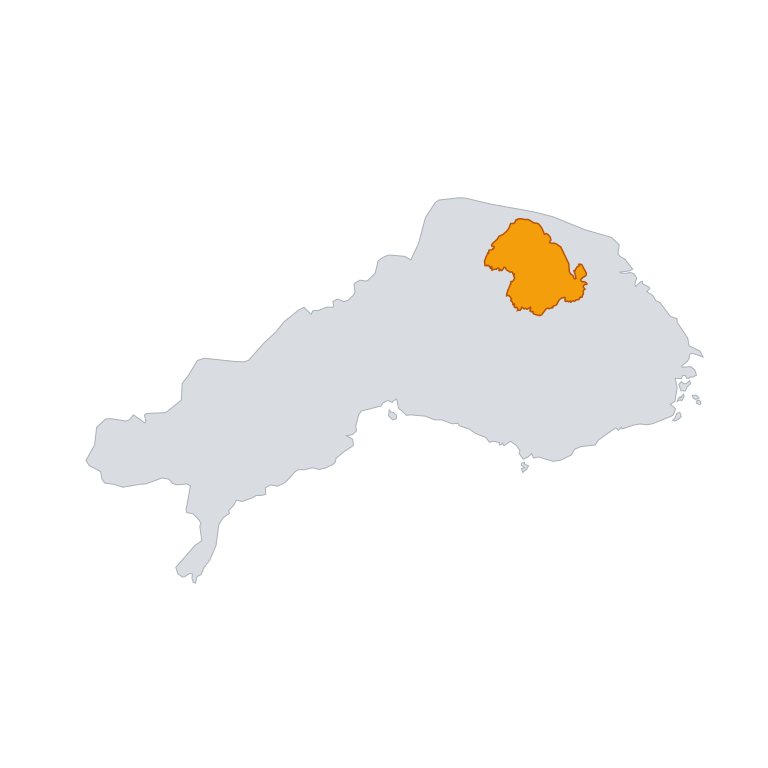 where Southern Savonia sits in Finland, rotated 247°
{"feature_id": "FIN-3189", "entity_name": "Southern Savonia", "entity_type": "Province", "adm_level": 1, "iso_a3": "FIN", "parent_name": "Finland", "parent_adm1": "", "projection": "orthographic", "projection_center": [27.591, 61.902], "detail": "fine", "context": "in_parent", "style": "filled", "palette": "amber", "viewbox_px": 768, "rotation_deg": 247, "n_neighbors": 0, "source": "natural_earth", "source_scale": "10m", "svg_char_len": 8273}
<svg xmlns="http://www.w3.org/2000/svg" viewBox="0 0 768 768"><g transform="rotate(247 384 384)"><path d="M339.3,331.8L337.3,320.7L334.4,311.0L330.8,308.2L329.8,304.4L329.6,296.7L330.7,290.8L334.9,285.3L336.1,277.5L338.7,271.5L337.8,267.4L332.3,255.6L331.7,251.9L331.7,245.7L335.5,240.2L334.9,234.5L328.7,231.9L329.1,228.5L331.3,222.8L330.7,217.9L331.4,207.2L334.8,202.7L331.3,198.7L328.3,191.7L325.3,191.1L323.9,183.8L319.0,176.9L301.0,166.3L290.3,155.1L285.1,146.3L279.9,141.1L279.8,136.7L274.4,132.7L275.8,130.9L280.3,131.3L283.9,133.4L285.5,131.2L284.5,124.8L285.0,123.2L289.6,120.1L296.5,120.7L309.3,146.9L311.0,155.1L325.2,158.9L326.7,160.9L330.6,160.8L339.2,157.5L342.7,152.2L345.8,152.8L365.8,166.0L369.1,163.4L371.3,156.0L373.1,152.7L375.5,150.3L380.3,149.0L384.2,143.0L385.1,125.5L387.0,120.6L390.9,103.6L397.3,96.1L401.9,88.2L406.4,87.2L414.3,88.9L423.9,80.8L430.0,79.7L440.9,93.8L456.3,102.5L460.6,114.2L458.8,119.0L450.7,132.1L450.5,135.6L453.5,141.3L441.7,148.5L442.6,150.4L448.9,151.3L449.7,153.8L443.4,170.4L443.3,173.3L448.3,191.1L463.3,198.4L467.6,206.2L478.6,221.5L477.9,228.7L462.6,256.2L459.1,263.8L458.7,268.6L468.8,289.9L474.2,305.0L480.2,315.9L485.4,334.0L485.9,340.3L476.6,344.1L479.3,347.3L477.2,353.1L477.2,361.3L474.7,366.7L475.3,368.2L479.9,369.2L480.4,372.7L480.1,375.0L475.4,379.2L475.1,383.5L477.8,390.8L480.0,393.2L487.5,395.3L488.5,397.2L489.0,402.5L485.7,407.8L485.8,409.8L489.4,419.2L499.6,426.6L500.9,432.2L501.0,436.1L500.6,439.5L493.4,452.9L487.8,457.2L499.7,470.6L521.1,487.3L530.9,502.0L531.9,506.2L526.2,525.6L523.7,531.0L507.5,553.1L484.0,589.0L471.9,604.9L447.8,628.8L430.0,650.7L420.1,654.9L412.5,650.2L408.7,651.3L405.0,654.5L392.6,657.8L392.2,654.3L394.9,644.9L393.8,645.1L391.5,649.5L390.3,654.5L387.9,657.1L382.8,658.0L377.8,653.8L375.5,653.8L377.8,660.0L377.7,661.8L375.0,661.4L369.3,666.0L368.0,666.0L366.4,662.0L360.2,666.1L354.6,666.7L351.2,669.9L334.4,674.0L329.5,679.3L326.4,677.9L307.6,681.5L299.9,679.8L290.9,687.7L284.2,688.3L291.6,680.1L292.1,677.1L288.7,675.3L286.3,672.1L284.3,665.3L283.0,664.8L280.2,673.0L275.6,675.6L270.1,675.1L269.7,671.3L270.9,668.0L270.1,667.4L271.1,664.8L273.9,664.7L274.8,663.4L274.9,661.8L272.7,660.1L275.4,654.3L265.8,652.3L254.4,645.0L253.4,639.6L247.4,642.8L242.6,638.4L242.1,635.9L242.5,616.0L243.5,610.6L247.1,604.2L248.7,597.7L249.6,585.5L251.3,585.7L249.8,581.4L252.5,580.7L253.0,579.3L248.6,559.4L245.4,554.6L249.5,540.8L249.5,537.6L249.4,533.6L245.4,528.9L244.9,516.3L246.8,509.4L256.5,497.7L257.5,492.7L262.3,492.8L260.5,488.1L260.4,482.7L267.4,481.3L269.8,483.2L276.1,481.7L281.8,478.1L280.4,470.3L283.1,470.3L282.4,468.4L282.7,466.5L284.8,467.5L288.6,462.4L289.1,458.4L295.2,456.7L302.7,448.9L309.2,444.9L316.2,437.0L318.9,436.8L320.7,431.3L328.3,423.3L331.2,416.7L338.3,409.3L345.4,396.2L346.3,392.5L356.3,388.0L365.1,389.7L365.0,386.4L363.8,384.3L367.6,380.9L366.9,375.5L364.9,372.7L368.0,352.7L365.5,348.6L355.8,341.3L351.7,340.5L349.7,335.3L351.1,329.2L345.4,333.6L339.3,331.8ZM261.7,654.7L268.4,655.2L270.0,658.5L266.8,660.3L266.4,662.7L267.7,666.6L264.6,666.4L262.9,662.0L259.9,658.7L261.7,654.7ZM354.2,381.5L350.3,383.3L347.3,381.9L347.5,378.1L352.9,375.7L358.1,378.8L355.4,379.4L354.2,381.5ZM252.5,477.5L251.9,480.7L255.9,478.8L257.3,479.9L256.8,482.7L255.6,482.0L252.2,485.0L249.7,481.9L248.4,477.1L252.5,477.5ZM242.7,642.5L242.0,645.2L237.9,645.0L236.6,642.1L236.1,637.4L237.9,635.5L238.6,638.1L242.7,642.5ZM257.7,655.5L255.5,655.6L252.7,652.3L252.4,651.1L253.7,650.6L253.4,647.1L255.6,649.2L256.7,651.5L255.4,651.9L257.7,655.5ZM251.9,666.8L248.7,668.6L247.6,668.0L248.2,664.6L250.1,663.1L253.1,663.2L251.9,666.8ZM245.6,668.2L242.9,668.6L241.5,666.7L244.1,664.2L246.1,664.6L246.4,666.3L245.6,668.2Z" fill="#d9dde1" stroke="#a8b0b8" stroke-width="1"/><path d="M449.7,529.1L450.0,528.9L450.1,528.1L448.5,527.6L448.9,527.2L451.7,526.9L452.3,526.6L452.7,526.0L452.1,526.0L452.2,525.8L452.4,525.6L452.8,524.9L453.1,524.0L453.4,523.2L457.6,524.4L458.1,524.8L460.5,527.1L461.0,527.4L461.7,528.2L461.9,528.7L462.7,529.5L463.8,530.4L464.1,530.7L463.4,531.3L463.7,531.6L466.0,532.7L466.2,533.1L466.0,533.5L465.8,534.4L465.5,535.5L465.5,536.1L465.5,536.9L465.7,537.1L466.0,537.1L466.1,537.3L466.0,538.2L466.0,538.3L466.3,538.6L467.2,539.0L467.6,539.0L467.7,538.7L468.2,537.5L468.9,537.0L470.1,537.5L471.0,539.0L472.0,542.1L472.8,544.0L473.2,545.0L474.3,546.6L474.9,547.2L475.2,548.7L475.0,549.9L475.3,552.3L475.9,554.4L476.5,556.0L477.5,558.2L479.0,560.3L480.7,562.0L481.6,562.5L482.2,563.4L481.7,564.6L481.3,565.7L481.2,566.4L481.4,567.4L483.3,569.2L483.5,569.7L483.0,570.7L483.4,571.2L483.6,572.2L482.5,574.8L480.1,578.4L479.3,580.8L477.4,582.4L473.9,584.7L472.0,587.8L471.3,588.5L469.7,589.3L465.8,590.2L461.2,590.3L459.6,590.0L459.1,590.1L459.0,590.5L459.1,591.9L458.9,592.5L457.2,593.5L454.4,594.3L451.8,594.1L451.1,593.7L450.3,592.0L449.8,591.8L449.1,592.0L448.5,592.7L447.8,593.7L447.7,594.0L447.6,594.5L447.4,595.1L447.1,595.8L445.5,597.5L440.9,600.3L422.4,601.1L415.6,598.7L414.1,598.5L412.7,598.7L410.1,600.3L409.5,600.4L407.4,600.2L406.5,600.5L406.0,601.1L406.2,602.0L411.0,603.0L413.8,602.9L414.2,603.3L413.9,603.6L413.4,603.8L413.8,604.4L414.9,605.4L416.4,607.6L416.5,608.5L416.2,609.0L416.5,609.6L417.2,610.0L418.0,610.0L418.0,610.4L418.1,610.5L417.9,610.8L417.6,610.9L417.4,611.2L417.4,611.6L417.4,611.9L416.9,612.5L416.4,612.7L413.0,613.0L406.8,613.6L405.1,612.4L404.7,611.6L404.6,611.2L404.5,610.4L404.5,610.0L404.4,609.1L404.2,608.2L403.8,607.7L403.6,607.0L403.5,606.4L403.1,605.6L402.1,605.7L401.5,605.9L401.0,606.2L400.6,606.7L400.2,607.8L399.9,608.3L399.1,609.0L398.1,609.7L397.1,610.0L396.6,609.8L396.4,609.3L396.5,609.0L397.2,607.7L397.0,607.1L396.8,606.8L396.6,606.1L396.3,605.6L395.6,605.3L392.8,606.1L392.4,604.5L391.8,603.8L389.6,603.0L388.8,602.3L387.2,600.7L386.8,600.5L386.5,600.1L386.9,599.2L387.1,598.8L387.3,598.6L387.2,598.2L386.3,597.5L385.8,596.8L385.6,596.0L385.7,595.6L386.2,594.2L386.4,593.6L386.3,593.3L386.2,593.1L385.8,592.4L385.7,592.2L385.9,591.5L386.2,591.1L386.6,590.9L386.7,590.4L386.7,589.8L386.6,589.0L386.5,588.4L386.4,588.0L386.5,587.7L387.4,588.0L387.6,587.8L387.5,587.5L387.6,586.6L387.6,585.9L387.9,585.8L388.6,585.3L388.7,584.9L388.7,584.6L388.8,584.2L389.1,583.3L389.8,583.0L392.7,584.6L393.2,584.1L393.6,581.3L393.6,580.4L393.4,579.5L392.5,577.6L392.1,576.9L389.7,574.1L389.5,573.6L389.3,572.6L389.6,570.4L389.6,569.8L389.3,569.3L388.5,569.3L388.3,569.3L388.7,567.5L388.7,566.0L389.1,564.9L389.9,564.4L390.0,562.9L386.1,556.2L386.1,554.1L388.7,550.5L390.5,548.9L391.2,548.9L392.0,549.6L392.6,549.2L393.0,548.8L393.2,548.5L393.2,548.2L392.9,548.0L393.4,547.3L393.9,547.0L394.3,547.0L395.0,547.2L395.3,547.4L396.0,548.3L396.8,548.8L397.5,548.9L397.7,548.6L397.5,548.3L397.2,547.7L397.2,547.2L397.1,546.4L397.0,545.7L396.8,545.4L397.0,544.7L397.8,544.4L398.2,544.1L398.4,543.8L398.4,543.3L398.2,543.2L398.3,542.5L398.6,542.0L399.5,541.6L400.8,541.2L400.9,540.8L398.9,538.8L398.7,538.2L398.9,537.8L399.1,537.4L399.3,536.6L399.5,535.4L401.1,536.5L401.9,536.5L402.5,536.3L402.9,535.7L402.6,535.6L402.8,535.0L403.1,534.5L403.6,534.1L404.2,534.0L406.1,535.3L406.6,535.3L406.4,534.7L406.4,533.8L406.7,533.6L407.1,533.7L408.4,534.2L409.4,534.1L410.9,533.3L411.4,533.4L411.9,533.6L412.5,534.4L412.6,534.7L413.1,534.7L414.6,534.1L415.2,534.1L416.0,533.8L417.1,532.8L417.3,532.6L417.4,532.3L417.2,531.5L417.2,531.3L418.1,531.6L418.2,531.8L419.1,532.3L419.7,532.9L419.8,533.0L420.3,533.2L421.1,534.0L421.6,534.3L422.5,535.4L426.1,539.0L426.7,539.4L426.7,539.6L426.6,540.0L427.9,540.4L428.7,540.8L428.2,542.2L428.7,543.5L430.8,545.9L431.1,545.8L432.1,545.7L432.5,545.5L433.2,546.1L433.9,546.8L434.4,547.0L434.7,546.6L434.8,546.0L434.2,546.0L434.6,545.7L436.3,545.8L437.3,545.4L437.4,544.7L437.9,543.6L441.2,541.3L442.0,541.2L443.0,541.3L444.0,541.0L444.4,540.6L444.5,539.8L444.3,539.7L443.5,539.2L443.3,538.7L443.3,538.2L443.0,537.6L442.7,537.3L442.5,537.2L442.4,536.7L442.6,536.5L442.9,536.1L443.3,536.0L443.5,536.0L443.7,535.9L443.8,535.6L443.7,535.3L443.3,534.9L443.1,534.6L443.4,534.2L445.4,535.0L446.0,534.8L446.3,534.0L446.1,533.3L445.6,532.5L445.9,531.9L446.1,531.5L446.4,530.7L446.7,528.5L446.7,528.4L446.5,528.2L446.7,527.8L447.2,528.3L449.4,528.8L449.7,529.1Z" fill="#f59e0b" stroke="#b45309" stroke-width="1.5"/></g></svg>